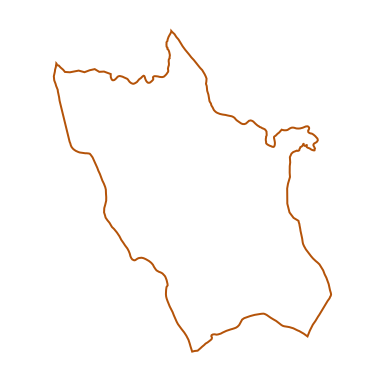 the district of Phine, Savannakhét, Laos, rotated 184°
{"feature_id": "54806243B87203647312357", "entity_name": "Phine", "entity_type": "district", "adm_level": 2, "iso_a3": "LAO", "parent_name": "Laos", "parent_adm1": "Savannakhét", "projection": "albers", "projection_center": [105.988, 16.434], "detail": "fine", "context": "isolated", "style": "outline", "palette": "amber", "viewbox_px": 384, "rotation_deg": 184, "n_neighbors": 0, "source": "geoboundaries", "source_scale": "gbopen_adm2", "svg_char_len": 5925}
<svg xmlns="http://www.w3.org/2000/svg" viewBox="0 0 384 384"><g transform="rotate(184 192 192)"><path d="M257.0,136.6L255.1,134.1L252.5,131.1L251.0,128.7L249.8,126.2L248.9,123.5L247.8,121.6L246.8,120.5L244.9,119.8L243.8,120.1L241.9,121.6L240.9,122.2L240.0,122.5L237.8,122.9L236.2,122.7L235.4,122.5L233.5,121.8L231.6,120.9L230.0,120.1L227.7,118.5L225.9,116.7L224.7,114.7L223.1,112.6L221.9,111.3L219.5,110.1L217.7,109.6L215.8,108.7L213.3,106.4L212.5,105.2L211.2,102.4L210.0,98.5L209.8,97.1L210.8,95.4L211.0,92.6L210.9,88.3L210.5,85.9L209.8,83.8L208.7,81.3L206.2,76.2L202.9,70.7L201.6,67.9L198.3,61.6L196.8,59.2L193.0,54.7L190.0,51.4L187.6,48.2L185.2,44.3L183.7,40.6L182.7,37.8L180.7,32.8L178.2,33.6L175.3,34.1L172.5,36.9L171.4,38.1L169.1,40.3L167.9,41.7L166.0,43.0L163.2,45.5L162.2,46.6L161.9,47.9L162.1,48.6L162.5,49.1L162.7,49.6L162.4,50.6L161.8,51.0L161.3,51.3L160.4,51.5L159.2,51.6L157.7,51.4L156.2,51.7L153.5,52.7L151.8,53.8L148.0,55.9L143.9,57.6L142.2,58.2L140.2,59.0L138.7,59.7L137.1,60.9L135.6,62.7L133.1,68.2L131.1,69.8L125.3,72.3L120.9,73.8L114.5,75.3L112.5,75.6L111.8,75.6L110.4,75.2L108.8,74.5L104.8,72.1L102.3,70.8L99.0,69.2L95.1,66.6L93.8,65.7L92.3,64.9L90.7,64.5L87.2,64.2L85.4,64.0L81.4,63.1L77.3,61.4L75.2,60.7L72.8,59.5L70.7,58.5L66.7,56.0L64.8,61.9L62.2,68.1L59.9,71.9L57.5,76.6L56.5,78.3L49.1,92.8L47.4,95.5L47.0,96.8L46.4,98.0L46.1,99.3L46.4,100.8L47.5,103.7L49.2,109.6L52.0,115.9L53.9,119.1L55.7,123.0L59.8,128.7L61.7,130.3L63.8,131.8L66.6,134.1L68.7,136.2L74.4,142.7L76.5,145.9L77.6,148.0L78.1,149.7L78.8,153.0L79.3,154.8L81.1,161.0L81.4,162.5L82.4,166.3L82.7,167.7L83.3,169.0L83.6,170.1L83.8,170.7L88.9,173.3L93.3,178.4L96.1,187.0L97.3,202.2L96.8,207.0L95.3,213.8L95.9,218.0L96.3,224.6L96.1,228.3L96.8,233.6L95.4,237.3L93.8,238.9L90.3,240.6L90.1,240.4L89.5,240.4L88.9,240.5L88.2,240.9L87.9,241.2L87.8,242.3L87.3,243.2L87.1,244.2L86.9,244.4L85.8,245.0L85.5,245.3L84.8,246.2L84.5,247.2L84.3,247.7L84.0,247.8L83.9,247.7L83.7,246.5L83.5,246.3L83.0,246.0L82.7,245.9L82.2,246.0L81.2,246.7L81.0,246.8L80.8,246.8L80.7,246.5L80.7,246.3L81.1,245.7L81.0,245.4L80.8,245.0L80.6,244.8L79.9,244.4L79.2,244.1L77.7,243.7L76.4,242.9L75.6,242.5L74.6,242.2L73.4,242.0L73.0,242.0L72.7,242.1L72.6,242.4L72.7,243.3L72.7,243.6L72.4,243.9L72.8,244.8L73.8,246.3L74.1,246.9L74.2,247.4L73.9,248.4L73.6,248.8L71.3,250.4L70.7,251.1L70.1,252.4L70.2,252.8L70.4,253.6L70.8,254.3L71.3,254.7L72.9,256.3L74.8,257.7L76.3,258.5L77.3,258.7L77.9,258.7L79.0,259.1L79.4,259.3L79.9,259.6L80.2,260.0L80.3,260.4L80.4,261.6L80.2,261.8L79.9,262.2L79.6,263.4L79.6,264.0L79.8,264.6L80.9,265.5L81.6,265.6L83.1,265.3L86.1,263.8L88.8,262.9L90.8,262.7L92.0,262.7L92.4,262.7L94.1,263.1L94.6,263.2L95.8,263.3L97.1,263.1L97.6,262.9L98.9,262.2L101.0,260.6L102.2,260.2L104.4,260.0L106.6,260.3L106.9,260.4L108.9,257.8L109.5,257.1L110.6,256.2L112.5,254.0L113.6,253.2L113.9,252.8L114.0,252.6L114.0,252.0L113.9,251.4L113.2,249.0L112.8,247.4L112.7,246.5L112.7,245.1L112.8,244.3L113.1,243.4L113.4,243.0L113.7,242.7L114.3,242.7L115.0,242.7L116.9,243.4L117.5,243.5L119.4,244.3L120.3,244.8L121.3,245.6L121.5,246.1L121.6,247.4L121.9,248.3L122.1,250.1L121.9,251.3L122.0,252.2L121.5,253.6L121.5,254.3L121.8,256.6L121.9,257.5L122.6,258.5L123.7,259.6L125.4,260.3L126.1,260.4L127.2,261.0L128.1,261.4L129.1,261.6L130.2,262.5L131.0,262.7L133.4,264.5L135.7,266.5L136.8,267.1L138.4,267.5L140.1,267.0L142.9,264.1L144.4,263.4L145.9,263.3L147.5,263.7L149.7,265.0L152.2,266.5L153.3,267.4L154.7,268.9L156.0,269.7L157.6,270.3L161.6,270.8L163.9,271.2L166.8,271.4L169.5,271.8L172.0,272.6L173.2,273.1L174.5,274.0L175.9,275.3L177.3,277.8L178.7,279.7L179.3,281.6L180.3,282.9L180.9,283.9L182.4,290.2L183.9,294.0L184.7,298.7L185.6,300.9L185.4,303.1L185.4,306.1L186.3,308.1L187.6,310.4L190.3,314.3L192.7,316.5L199.4,323.8L202.1,326.3L204.6,329.1L208.7,333.4L211.5,336.7L216.1,343.2L218.4,345.5L220.5,348.3L222.9,350.2L223.9,351.2L223.9,350.3L224.5,348.7L225.2,347.3L226.2,345.1L226.9,342.6L227.1,340.8L227.4,340.4L227.8,339.8L227.9,339.0L227.7,337.9L227.8,337.0L227.6,336.4L227.6,335.6L227.4,335.2L227.3,334.9L226.6,334.4L226.6,333.6L226.5,333.0L226.3,332.7L225.8,332.6L225.6,332.3L225.0,331.3L224.5,330.1L223.6,327.0L223.7,325.9L223.7,325.4L223.8,324.7L223.7,324.2L223.6,323.9L224.3,322.8L224.4,322.2L224.4,320.8L224.0,318.8L223.9,317.0L224.4,315.0L224.6,313.2L224.2,311.6L224.2,310.3L224.7,309.5L225.6,307.9L226.8,306.4L228.1,305.1L229.4,304.6L230.5,304.5L232.5,304.6L234.1,304.9L236.4,305.0L237.7,304.9L238.7,304.2L238.9,303.3L238.5,302.1L238.6,301.4L239.6,300.1L241.0,298.7L241.8,298.1L243.2,297.9L243.9,298.1L244.5,298.6L245.2,299.3L245.9,300.4L246.6,301.8L246.9,302.8L247.5,304.1L247.8,304.4L248.4,304.6L249.0,304.2L250.1,303.1L250.8,302.2L252.6,300.7L254.6,297.9L256.2,296.7L257.7,295.9L258.8,295.9L260.3,296.4L261.8,297.4L262.9,298.6L263.8,299.8L264.6,300.4L267.6,301.5L269.4,302.2L271.5,302.6L272.6,302.6L273.8,302.1L274.7,301.2L275.4,300.2L276.4,299.1L277.3,298.3L278.2,298.0L279.1,298.0L279.9,298.6L281.0,300.8L281.2,302.4L281.3,304.0L288.2,306.0L292.9,305.4L297.6,307.8L302.6,306.3L307.6,304.0L313.5,305.2L322.1,302.9L327.1,302.9L329.1,305.0L331.9,307.1L332.7,307.9L333.2,308.3L333.5,308.7L333.9,308.9L334.2,309.0L334.7,308.9L334.9,309.0L335.4,309.3L335.8,309.9L336.0,310.5L336.3,310.8L336.3,309.8L336.5,308.9L336.5,307.4L337.1,304.6L337.2,302.5L337.9,297.8L337.3,294.2L337.1,293.5L335.7,290.5L334.9,288.3L333.1,284.6L332.8,282.9L331.2,277.3L330.5,274.0L330.1,272.7L317.6,233.6L316.8,232.0L316.1,230.0L315.2,228.4L313.7,226.8L312.3,225.8L310.7,224.9L308.3,224.0L306.8,223.6L301.2,223.2L299.6,223.3L297.5,223.2L296.6,223.0L295.6,222.0L293.6,219.6L288.1,209.4L287.0,206.9L285.1,203.5L282.2,197.1L280.5,194.2L278.9,190.8L278.1,188.3L277.7,184.4L277.2,180.9L277.0,177.4L277.7,173.1L278.4,169.8L278.3,165.5L277.2,162.8L276.4,160.4L274.4,157.9L272.2,155.6L269.4,151.5L267.2,149.7L264.1,146.4L261.3,142.8L259.2,139.3L257.0,136.6Z" fill="none" stroke="#b45309" stroke-width="2"/></g></svg>